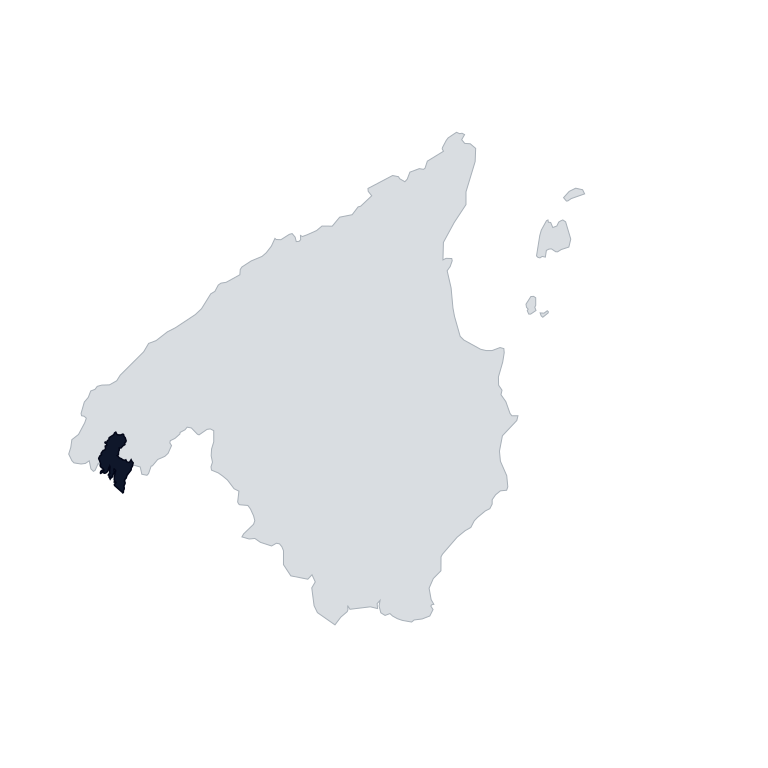 where Pontevedra sits in Spain, rotated 316°
{"feature_id": "ESP-5840", "entity_name": "Pontevedra", "entity_type": "Autonomous Community", "adm_level": 1, "iso_a3": "ESP", "parent_name": "Spain", "parent_adm1": "", "projection": "natural_earth1", "projection_center": [-8.552, 42.371], "detail": "fine", "context": "in_parent", "style": "filled", "palette": "ink", "viewbox_px": 768, "rotation_deg": 316, "n_neighbors": 0, "source": "natural_earth", "source_scale": "10m", "svg_char_len": 6357}
<svg xmlns="http://www.w3.org/2000/svg" viewBox="0 0 768 768"><g transform="rotate(316 384 384)"><path d="M406.7,203.5L406.8,205.2L410.1,208.6L419.9,210.6L422.4,212.0L422.1,216.6L419.8,220.6L422.0,222.4L424.3,222.3L427.1,219.1L427.7,221.2L432.2,223.2L442.1,226.8L449.1,227.3L456.4,234.5L468.0,233.2L478.7,240.1L488.4,238.6L490.7,239.9L505.9,240.1L506.5,234.4L508.3,232.2L535.0,240.0L538.4,244.9L537.9,247.3L539.5,253.0L543.0,252.8L549.8,249.6L559.0,253.6L561.5,257.0L563.4,257.3L570.0,253.8L588.5,257.9L589.2,255.3L590.4,254.5L598.0,252.0L601.2,251.5L611.0,253.3L612.3,256.5L614.3,257.8L615.2,260.6L609.6,262.2L609.2,267.0L612.9,271.1L613.6,278.2L604.1,287.3L576.5,302.7L567.6,311.9L546.7,316.6L525.1,323.4L512.6,335.7L515.9,336.7L519.9,340.8L518.7,342.7L513.1,345.5L508.1,346.4L499.0,361.5L486.4,377.2L481.7,384.3L471.9,402.6L472.0,407.9L477.6,426.1L480.7,430.9L484.9,435.0L492.8,438.4L494.8,441.8L492.2,445.0L484.6,450.7L471.2,458.4L465.6,464.5L464.6,470.4L460.7,473.0L459.4,481.3L454.2,492.7L453.9,495.7L458.3,499.9L454.2,502.5L433.2,503.5L420.4,512.5L414.1,520.4L408.6,535.2L401.6,544.0L398.4,545.6L393.5,541.7L387.3,541.2L381.4,542.4L378.4,545.5L373.5,547.2L368.8,545.7L358.5,544.9L353.9,545.1L346.8,547.5L340.6,545.9L330.2,545.0L307.9,547.0L305.0,547.9L295.2,557.9L284.3,558.2L274.6,562.2L268.1,571.9L266.8,577.1L264.9,575.9L263.4,576.3L262.6,580.3L255.8,582.7L248.2,579.5L241.8,574.7L238.5,574.4L233.0,566.8L230.6,562.1L229.0,556.9L228.8,553.3L224.0,551.2L222.8,546.4L226.2,540.3L230.9,536.9L226.5,537.2L223.4,541.1L219.4,534.8L203.0,522.4L203.9,518.1L201.2,521.4L199.3,522.2L191.0,521.7L181.4,523.2L177.3,502.2L179.7,494.9L190.4,480.5L197.1,478.6L199.7,471.2L193.6,471.5L183.7,457.3L186.2,444.1L195.9,434.1L197.5,430.1L197.8,426.4L196.0,423.8L190.6,422.4L185.1,412.0L183.8,405.4L179.3,401.8L175.6,395.3L178.9,394.3L192.7,394.3L196.1,392.6L198.6,388.3L201.1,381.2L201.7,376.8L196.3,370.6L196.1,369.3L196.8,367.2L205.2,360.3L203.4,355.2L204.7,344.3L204.0,338.0L203.0,332.8L200.1,326.1L202.0,323.4L206.3,321.1L209.8,315.6L214.8,311.0L221.4,307.3L229.1,299.3L227.9,295.7L225.2,293.7L215.6,292.1L214.9,290.5L214.9,281.8L212.4,278.3L209.0,278.7L203.7,277.2L202.4,278.2L195.7,277.9L190.9,276.3L189.0,277.6L188.4,280.7L180.5,283.9L176.1,283.8L168.8,281.1L160.5,282.0L159.5,281.3L152.4,284.9L150.1,285.0L147.1,280.7L151.0,274.4L147.6,268.5L145.4,268.3L132.3,272.7L124.7,278.4L121.6,279.1L120.5,278.1L120.2,270.0L128.2,261.3L123.1,260.8L123.3,258.2L126.6,254.3L123.3,251.3L123.3,242.6L116.2,245.4L114.3,245.0L114.2,241.5L118.6,234.5L114.0,233.7L110.5,231.1L106.2,225.4L106.2,222.4L108.5,215.4L114.7,212.0L120.8,207.2L129.2,208.1L141.8,204.0L146.1,201.8L145.9,198.9L144.4,196.7L145.7,194.7L155.9,188.8L162.0,188.2L168.2,185.3L172.4,187.1L176.1,186.5L180.3,188.8L185.9,193.9L194.0,196.0L200.4,194.4L233.5,193.9L242.9,191.3L250.3,194.5L264.4,196.0L272.9,198.6L296.5,203.0L305.0,203.1L322.0,198.8L326.7,199.9L333.5,197.7L336.8,198.2L341.1,201.2L356.2,205.3L360.1,201.8L363.0,201.1L373.9,203.2L384.9,207.5L390.5,207.8L398.8,206.6L406.7,203.5ZM614.1,388.7L618.1,390.4L622.2,388.9L624.4,389.4L626.6,390.2L627.3,393.5L619.0,409.5L612.1,413.9L604.9,410.4L600.7,409.5L599.4,408.2L598.3,403.1L596.3,401.5L593.6,400.7L588.2,404.8L586.4,402.1L583.8,401.6L582.7,399.9L582.7,397.8L599.2,385.4L604.0,382.6L614.3,379.4L615.9,379.9L614.6,381.8L616.1,383.6L614.1,388.7ZM661.8,382.2L660.4,386.6L647.5,380.7L643.4,380.0L642.3,379.1L642.6,374.7L651.0,374.1L657.9,376.3L661.8,382.2ZM545.8,433.5L544.4,436.7L538.1,435.6L536.7,434.3L538.0,430.7L539.7,430.3L539.8,427.8L541.6,425.2L550.4,423.1L552.5,424.9L553.0,427.4L547.8,432.8L545.8,433.5ZM552.4,446.2L551.5,446.9L544.6,446.3L544.4,444.2L545.7,441.3L548.3,444.2L552.3,444.7L552.4,446.2Z" fill="#d9dde1" stroke="#a8b0b8" stroke-width="1"/><path d="M147.2,267.5L146.0,268.3L145.2,268.6L144.6,268.6L144.2,268.7L143.9,268.9L142.8,269.8L142.2,270.2L135.9,271.1L135.1,271.4L133.7,272.3L133.0,272.6L131.5,272.6L130.8,272.7L130.1,273.2L129.7,273.7L129.3,274.9L129.0,275.4L128.2,275.9L127.1,276.2L126.2,276.6L125.7,276.9L125.3,277.8L124.7,278.6L123.9,279.2L123.1,279.4L122.4,279.8L121.7,280.5L121.1,281.0L120.4,280.8L120.5,280.1L119.7,270.2L119.9,269.3L120.3,268.9L121.9,268.9L122.7,268.7L123.0,268.2L122.8,267.8L122.0,267.5L121.8,267.1L122.0,267.0L123.1,266.4L123.2,266.2L123.3,265.7L123.5,265.3L123.9,265.0L124.1,264.9L124.9,264.0L127.0,262.4L127.5,262.2L129.0,261.0L129.8,260.7L130.6,260.2L130.8,259.9L131.0,259.5L131.0,257.9L130.9,257.6L130.5,257.6L129.8,258.2L129.4,259.2L128.8,260.1L127.8,260.5L127.0,260.6L124.8,261.6L124.4,262.1L123.9,262.1L121.8,262.0L121.0,262.2L121.2,261.6L121.6,260.5L121.6,259.8L121.8,259.8L122.4,260.6L122.6,260.2L122.7,258.5L122.6,258.1L122.5,257.9L123.2,257.6L124.7,258.0L124.9,257.8L125.2,257.2L126.7,255.5L127.4,254.9L128.8,254.1L129.3,253.5L129.6,252.8L129.3,253.0L128.9,252.9L128.5,252.8L128.2,252.8L127.9,253.0L127.1,253.5L126.0,254.2L125.5,254.5L124.6,254.7L123.3,254.9L122.0,254.7L121.0,254.1L120.7,253.6L120.5,252.6L120.2,252.1L119.7,251.8L118.3,251.6L118.0,251.4L118.3,250.9L119.0,250.4L119.9,250.1L120.5,250.0L121.0,250.1L121.3,250.6L121.3,251.0L120.7,251.4L121.1,251.6L121.7,251.8L122.3,251.9L122.7,251.7L122.8,251.2L122.7,250.6L122.7,250.0L123.2,249.6L122.7,247.9L122.7,247.0L122.8,246.2L123.2,245.6L123.7,245.2L124.2,245.1L124.8,244.4L126.3,241.3L126.6,240.2L127.2,239.2L130.0,238.3L131.5,238.7L131.8,238.4L131.8,238.2L131.9,237.9L132.1,237.6L132.8,237.2L135.8,236.7L137.0,237.4L137.6,237.4L138.1,237.3L139.1,236.7L140.3,235.0L141.9,235.5L142.3,235.3L142.6,234.9L142.7,234.4L142.7,233.8L142.4,232.8L142.4,232.6L142.6,232.3L142.8,232.1L143.1,232.1L143.4,232.2L143.7,232.6L143.8,233.0L144.1,233.4L144.4,233.4L145.5,232.7L146.0,232.6L147.2,233.0L147.7,232.9L147.9,232.7L148.4,232.0L149.1,231.7L154.2,232.7L154.8,232.6L156.2,232.0L157.6,232.3L156.9,234.7L157.0,235.4L158.9,237.5L159.7,238.0L161.0,238.4L161.5,238.9L161.5,239.7L160.8,240.7L160.6,241.2L160.5,242.9L159.0,245.8L157.9,246.3L156.8,246.1L156.5,246.2L155.7,247.5L155.4,247.6L153.5,247.1L150.3,247.3L149.2,246.1L147.5,247.7L146.1,248.2L143.9,250.3L142.4,250.2L142.5,250.5L142.3,253.2L142.7,254.2L143.3,255.5L143.3,256.6L143.3,256.9L144.6,258.8L145.0,259.1L145.6,259.2L145.0,261.1L145.1,261.7L145.3,262.2L146.2,263.3L146.7,263.5L149.5,262.8L148.9,264.6L148.8,266.5L147.2,267.5Z" fill="#0f172a" stroke="#020617" stroke-width="1.5"/></g></svg>